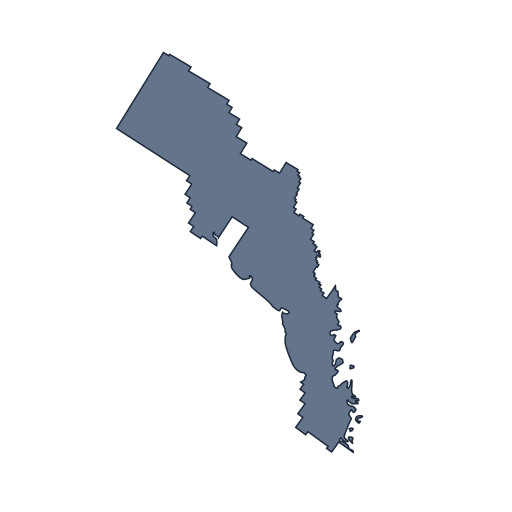 outline of Lake and Peninsula, Alaska, United States of America, rotated 304°
{"feature_id": "52423323B73962947550277", "entity_name": "Lake and Peninsula", "entity_type": "district", "adm_level": 2, "iso_a3": "USA", "parent_name": "United States of America", "parent_adm1": "Alaska", "projection": "albers", "projection_center": [-157.475, 58.272], "detail": "fine", "context": "isolated", "style": "filled", "palette": "slate", "viewbox_px": 512, "rotation_deg": 304, "n_neighbors": 0, "source": "geoboundaries", "source_scale": "gbopen_adm2", "svg_char_len": 6146}
<svg xmlns="http://www.w3.org/2000/svg" viewBox="0 0 512 512"><g transform="rotate(304 256 256)"><path d="M176.4,363.5L176.3,367.2L170.1,367.0L170.0,373.3L161.1,373.0L161.0,379.3L148.6,378.9L148.4,385.1L136.1,384.7L135.6,397.1L139.4,397.3L138.5,422.2L136.0,422.1L135.8,428.3L148.1,428.7L147.6,446.5L147.8,446.5L148.3,446.0L148.9,444.6L148.7,442.9L148.1,441.8L148.2,441.3L148.8,440.1L150.2,438.8L150.6,437.5L150.6,431.1L149.2,429.2L149.5,428.7L151.4,427.7L152.5,428.1L151.9,431.3L151.7,431.9L151.7,433.0L153.0,435.6L153.5,435.9L154.0,435.9L154.3,435.4L154.1,434.4L154.6,431.4L155.6,430.0L159.8,428.8L165.2,427.6L170.8,426.5L174.5,426.0L176.8,421.1L181.1,420.7L181.8,421.2L181.5,421.7L180.9,424.0L181.0,424.3L181.4,424.8L184.0,425.0L184.8,424.5L185.4,422.5L185.5,421.1L185.5,420.4L185.3,419.8L185.0,419.2L184.6,419.0L184.4,415.9L184.7,414.4L186.0,412.8L187.1,412.2L188.1,412.9L188.1,413.0L187.4,413.6L187.1,418.0L187.2,418.3L190.6,423.1L191.0,422.9L191.2,422.4L191.3,421.1L190.8,420.5L191.0,419.8L192.0,419.6L192.3,419.7L193.2,421.8L193.4,422.1L193.7,422.0L194.5,421.3L194.7,420.6L194.3,419.0L193.1,417.7L192.2,415.3L192.1,414.9L192.6,414.0L192.9,413.8L193.5,413.9L193.8,414.3L193.6,414.9L194.1,416.7L195.1,417.1L195.3,417.0L195.3,413.8L196.2,412.0L198.6,410.0L201.7,408.3L206.5,405.2L206.7,404.5L206.6,404.4L204.2,404.8L203.6,405.5L200.6,406.7L198.0,406.4L197.6,406.1L197.9,405.0L201.1,403.6L202.6,402.4L203.1,401.4L203.0,400.6L198.4,398.4L197.8,398.4L195.4,398.1L194.1,397.0L191.8,397.1L191.3,395.4L191.3,394.6L191.5,394.3L195.3,389.0L198.3,386.9L200.1,387.2L201.6,388.3L206.3,388.7L206.6,388.3L206.9,386.6L206.1,385.8L206.6,384.6L206.9,384.4L210.3,385.1L211.9,386.0L215.3,387.6L216.4,387.8L216.9,387.2L218.4,385.8L218.6,385.0L218.2,382.7L217.8,381.6L214.9,380.6L211.2,382.1L208.4,382.0L208.0,380.6L209.0,379.9L209.8,379.0L212.1,378.8L213.3,377.1L214.7,375.7L217.4,375.0L220.8,373.1L221.8,373.4L222.5,375.0L222.7,375.9L223.1,376.8L224.3,378.1L225.8,377.9L227.0,377.3L229.4,377.5L229.7,377.7L231.3,377.6L232.5,377.2L233.0,376.3L233.1,375.7L232.0,373.8L230.9,374.0L229.5,373.4L229.2,373.0L228.7,371.4L229.4,368.9L230.0,367.8L230.5,367.3L234.6,366.7L234.7,366.0L234.4,364.5L233.7,364.2L233.2,364.4L232.8,364.2L232.7,363.8L232.3,362.1L232.8,361.0L233.7,360.3L234.9,359.9L235.9,360.1L239.1,363.1L239.4,363.7L239.4,364.1L239.7,364.4L242.9,366.8L243.6,366.7L244.5,366.3L245.3,365.1L245.3,364.3L244.4,362.8L244.5,362.1L247.9,361.7L249.4,358.4L250.2,357.4L251.3,356.4L253.3,355.8L253.3,353.3L253.9,352.7L254.9,352.5L255.3,352.7L255.2,353.4L255.6,354.1L257.1,357.1L257.6,357.4L258.4,356.8L258.7,356.3L259.1,354.2L259.1,352.5L259.3,352.0L260.4,350.6L261.3,351.4L263.6,350.2L268.1,351.1L268.4,350.8L268.4,349.5L267.8,348.4L268.8,346.4L269.8,345.9L272.5,343.7L272.4,343.0L272.3,342.6L271.9,342.2L272.7,340.7L275.2,339.0L275.7,338.3L271.2,338.6L260.3,338.3L260.3,333.0L263.3,333.1L263.3,328.9L265.3,328.9L265.4,325.9L268.4,325.9L268.3,324.8L267.9,324.8L267.8,323.7L269.8,323.8L269.5,318.6L271.3,318.7L271.4,315.4L273.4,315.5L273.4,314.4L274.7,314.4L274.7,312.3L281.0,312.1L281.0,313.2L283.9,313.0L283.9,310.9L285.0,310.9L285.0,309.7L286.2,309.6L286.2,307.6L288.5,307.5L288.4,306.5L290.7,306.5L290.8,309.7L292.0,309.6L291.9,308.5L292.9,308.5L292.8,307.4L293.8,307.4L293.8,306.3L295.8,306.3L295.8,305.3L294.7,305.3L294.7,304.2L292.7,304.3L292.7,301.4L297.7,301.3L297.6,299.2L298.4,299.2L298.3,296.2L300.4,296.2L300.3,291.9L306.2,291.6L306.2,289.8L309.7,289.6L309.6,286.4L314.0,285.9L313.5,273.6L315.5,273.5L315.3,269.2L313.4,269.3L313.2,263.1L317.4,263.0L317.3,259.9L323.4,259.7L323.3,257.7L325.3,257.6L325.2,255.7L330.4,255.6L330.3,254.5L335.6,254.3L335.5,252.3L341.5,252.0L341.5,250.0L345.4,249.8L345.3,247.7L346.5,247.7L346.4,245.6L349.5,245.6L349.2,242.5L351.1,242.5L350.5,232.7L350.4,228.7L337.9,229.2L337.6,223.0L335.6,223.1L334.6,198.2L332.6,198.3L332.1,185.8L344.5,185.3L343.9,172.9L354.4,172.4L354.1,166.2L360.3,165.8L359.7,153.4L365.8,153.1L365.5,146.9L370.0,146.6L368.6,121.8L373.2,121.5L371.7,96.7L376.4,96.4L374.9,71.6L373.3,71.7L373.0,65.5L283.7,69.1L285.6,156.2L279.6,156.3L279.7,162.5L267.4,162.7L267.5,168.9L261.3,169.0L261.3,175.2L257.9,175.3L258.0,181.5L245.6,181.6L245.7,187.8L239.5,187.9L239.5,200.3L242.4,200.3L242.5,217.6L245.4,216.0L247.2,214.5L248.3,212.7L248.3,210.3L248.6,209.6L249.7,208.4L250.8,207.6L251.7,207.6L252.3,208.3L251.1,209.1L250.6,210.7L251.0,213.3L250.5,214.3L250.1,214.6L275.2,214.3L275.5,233.7L240.3,234.0L239.4,235.2L238.2,237.7L236.5,240.0L235.7,240.7L235.1,240.4L233.0,242.0L232.7,242.4L231.7,244.4L230.3,248.5L229.9,250.2L229.1,254.6L229.1,256.5L229.4,258.4L230.6,260.0L233.4,262.6L234.1,263.1L234.7,263.1L235.4,261.9L236.0,261.6L236.8,262.6L235.6,265.1L235.1,265.9L231.4,266.7L230.7,266.6L229.9,266.8L229.1,267.7L228.0,269.4L227.5,271.9L227.0,275.9L225.8,287.7L224.7,294.6L223.4,298.3L223.1,304.2L223.8,306.2L224.1,306.3L225.3,306.0L227.1,306.1L227.4,306.5L227.8,308.3L228.4,312.6L228.4,313.2L227.8,315.1L226.8,315.0L225.4,314.2L224.2,311.5L224.1,310.1L224.3,309.6L223.3,309.7L220.7,310.8L220.2,311.2L216.5,315.0L214.5,315.9L213.6,317.8L211.5,321.2L210.5,322.0L209.5,322.2L208.6,324.4L206.0,325.2L202.9,326.9L199.9,329.1L196.5,332.9L193.9,336.3L190.7,340.8L186.5,347.4L185.1,350.5L184.2,354.9L184.7,356.1L184.4,357.7L185.5,360.0L186.2,360.7L185.7,361.8L185.7,363.4L185.0,364.3L182.3,364.4L180.7,365.4L178.0,364.5L176.4,363.5ZM238.1,383.1L237.9,384.0L238.1,384.2L244.3,383.8L245.0,383.6L245.3,382.9L246.1,382.3L246.5,382.2L248.8,382.3L250.3,382.9L250.8,383.4L251.5,383.6L252.0,383.3L251.9,383.0L251.3,382.5L247.9,380.3L245.1,380.0L241.0,380.1L239.5,381.3L238.1,383.1ZM174.8,433.8L175.1,434.9L177.0,435.1L177.2,434.6L176.1,433.7L176.9,431.8L178.5,431.6L181.5,433.9L182.3,434.1L182.7,433.5L182.6,432.8L180.8,430.3L178.8,429.2L176.0,429.9L175.5,430.9L174.8,433.8ZM155.0,438.8L154.5,441.3L156.3,439.0L158.0,438.8L159.3,438.0L159.4,437.2L158.9,435.7L157.7,434.1L156.3,434.7L155.0,438.8ZM215.2,396.9L215.2,397.3L218.1,399.6L219.4,398.9L218.9,396.2L217.9,395.3L215.2,396.9ZM164.9,429.9L163.3,432.2L165.2,433.4L167.2,433.0L166.8,431.5L166.0,430.6L164.9,429.9Z" fill="#64748b" stroke="#1e293b" stroke-width="1.5"/></g></svg>